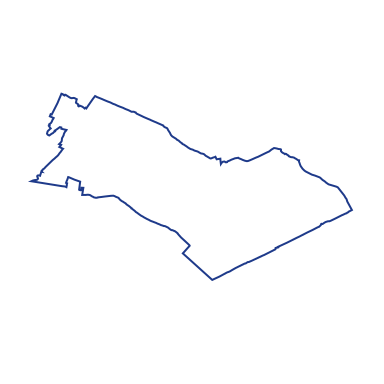 Scaesti, Dolj, Romania, rotated 6°
{"feature_id": "2599482B9301238192844", "entity_name": "Scaesti", "entity_type": "district", "adm_level": 2, "iso_a3": "ROU", "parent_name": "Romania", "parent_adm1": "Dolj", "projection": "orthographic", "projection_center": [23.539, 44.461], "detail": "fine", "context": "isolated", "style": "outline", "palette": "blue", "viewbox_px": 384, "rotation_deg": 6, "n_neighbors": 0, "source": "geoboundaries", "source_scale": "gbopen_adm2", "svg_char_len": 5958}
<svg xmlns="http://www.w3.org/2000/svg" viewBox="0 0 384 384"><g transform="rotate(6 192 192)"><path d="M352.9,193.2L349.2,187.8L348.5,186.8L347.4,185.2L347.2,184.7L346.6,183.3L346.2,182.6L345.2,181.6L344.3,180.3L343.7,179.5L336.6,172.2L335.9,171.9L335.0,171.6L332.9,171.2L327.0,170.1L324.3,168.6L323.3,167.8L322.2,167.2L321.4,166.7L320.9,166.6L318.0,164.4L317.0,164.0L312.5,162.8L309.4,162.2L302.9,159.7L301.5,158.9L299.5,157.3L297.4,154.9L296.6,153.5L296.0,152.1L295.2,150.6L295.2,150.1L295.2,149.3L294.1,149.3L292.2,148.2L291.6,148.0L290.9,147.7L290.2,147.3L289.6,147.1L288.8,147.0L288.2,146.9L287.4,147.0L286.4,146.9L285.5,146.6L284.5,146.3L284.4,145.9L283.9,145.5L283.1,145.2L282.5,144.9L281.9,144.4L281.2,144.2L280.7,144.3L280.4,144.6L279.6,144.1L278.5,143.7L277.2,143.0L276.2,142.0L276.1,140.6L275.9,140.3L275.6,140.2L273.4,140.2L272.5,140.0L271.0,139.8L269.0,139.7L266.6,141.5L264.5,143.6L262.1,145.0L259.7,146.5L254.0,150.1L252.2,151.0L248.4,153.2L246.1,154.5L244.5,155.3L243.4,155.6L241.5,155.4L239.2,154.8L236.8,154.0L235.5,153.7L234.9,153.4L234.5,153.1L233.1,153.5L231.2,154.0L229.5,154.9L227.7,155.8L226.2,156.8L225.0,157.4L224.1,157.9L223.8,158.6L223.3,158.8L222.2,158.9L221.9,158.6L221.0,158.3L219.5,158.7L219.1,159.1L218.3,160.1L217.8,161.1L217.1,158.1L216.7,155.9L213.1,156.9L211.6,154.5L210.8,155.0L209.5,155.5L207.5,156.6L207.0,156.7L206.7,156.7L204.7,155.8L203.4,155.2L202.0,154.6L201.5,154.3L200.5,153.5L200.2,153.3L199.6,153.0L198.6,152.8L196.9,152.7L196.4,152.5L195.2,152.0L194.4,151.6L193.5,151.2L192.6,151.0L190.4,150.6L190.0,150.5L188.3,149.8L186.0,149.4L185.1,149.0L184.7,148.8L183.6,148.3L181.8,147.2L180.4,146.5L179.3,145.9L178.9,145.7L177.6,145.3L177.3,145.1L177.1,144.7L176.7,144.5L176.3,144.3L175.1,143.6L173.4,142.3L171.7,141.6L171.4,141.5L171.1,141.1L170.7,140.8L166.6,138.8L166.1,138.4L165.2,137.6L164.4,136.4L163.9,135.5L162.9,134.3L161.6,132.7L161.1,131.8L160.8,131.4L160.6,131.2L160.2,131.0L158.5,130.5L157.5,130.0L157.2,129.8L156.7,129.4L156.6,129.2L156.5,128.9L150.2,126.9L149.4,126.6L147.3,126.0L143.5,124.8L142.8,124.5L140.7,123.9L136.2,122.5L134.0,121.7L128.9,119.9L128.4,119.6L128.0,119.2L127.8,118.9L127.6,118.7L126.9,118.7L125.9,118.3L124.9,118.3L123.9,118.5L123.4,118.5L122.9,118.3L120.9,117.5L119.0,116.9L118.4,116.8L115.9,116.0L115.0,115.6L111.1,114.6L108.7,113.9L106.2,113.0L104.4,112.6L103.6,112.3L101.5,111.5L98.7,110.8L94.7,109.6L92.9,109.0L90.8,108.4L87.2,107.4L86.8,107.2L86.5,107.0L85.6,106.7L83.8,109.6L78.9,118.5L78.2,119.9L77.4,119.3L76.5,120.2L75.3,119.3L73.7,118.5L71.2,117.8L70.8,118.5L70.5,118.7L69.9,118.4L69.8,118.2L69.6,117.3L69.4,116.6L69.2,116.4L68.6,116.1L67.6,115.7L67.2,115.0L67.4,114.0L67.5,112.5L67.7,111.8L65.4,110.9L64.4,110.8L63.3,111.1L62.1,111.3L60.5,110.8L56.0,108.5L55.1,108.7L55.0,109.3L54.0,109.0L53.6,108.6L53.3,108.2L51.9,107.9L49.4,116.1L49.0,117.5L44.4,129.6L43.3,129.4L42.7,131.6L46.7,132.9L46.3,133.9L45.8,134.7L45.2,136.7L44.6,138.0L42.9,139.6L43.5,140.3L42.7,141.2L44.8,143.6L44.2,144.1L43.2,145.4L42.7,145.9L42.2,146.6L42.0,147.1L41.9,147.9L41.7,149.1L42.2,149.8L42.9,150.3L43.7,150.6L44.2,150.7L45.8,149.2L46.8,148.4L47.5,148.0L48.6,146.6L49.5,146.0L49.1,145.3L50.1,144.6L53.8,141.3L55.3,141.5L55.5,142.8L60.7,143.4L60.4,144.1L59.8,144.8L59.4,145.4L59.0,146.3L58.7,147.2L58.5,147.8L58.4,149.0L57.5,151.2L57.1,152.1L57.1,154.1L57.1,154.8L56.9,155.5L55.8,157.1L54.8,158.3L55.4,158.5L56.9,158.8L56.5,159.6L55.4,161.1L59.2,162.5L58.8,163.0L57.0,166.2L56.5,166.8L55.1,169.3L54.4,170.2L53.4,171.3L52.7,172.0L52.0,172.9L50.1,174.8L46.7,178.9L43.7,182.5L42.5,184.2L41.7,184.7L41.0,185.7L40.9,186.2L40.6,186.2L40.1,186.9L40.1,187.5L40.4,187.7L40.0,187.7L39.2,191.7L38.9,191.6L38.2,191.5L37.2,191.6L36.7,191.8L36.5,192.1L36.4,192.5L36.6,193.1L37.4,194.5L37.4,194.9L37.2,195.4L36.8,195.9L36.1,196.2L34.0,196.7L32.6,197.2L31.1,198.1L62.2,199.8L64.3,199.8L64.5,199.8L64.8,199.8L65.8,200.0L66.6,200.3L66.8,198.3L66.7,197.8L66.9,196.4L65.8,196.1L66.2,194.3L66.7,192.8L66.9,191.9L67.3,190.1L68.0,190.2L73.8,192.0L79.7,193.4L79.5,201.5L79.8,201.8L80.4,201.6L80.9,201.6L81.3,201.9L81.6,201.8L81.7,199.3L83.5,199.2L83.1,206.4L86.7,206.0L88.7,205.6L90.0,205.6L90.7,205.7L91.3,205.9L93.0,206.8L94.0,207.1L95.0,207.6L96.0,207.7L97.2,207.8L98.8,207.4L98.9,207.2L102.5,206.4L105.8,205.6L111.6,204.3L113.4,204.0L114.1,203.9L115.1,204.1L116.0,204.4L117.0,204.8L118.2,205.1L119.5,205.5L121.1,207.1L121.9,207.6L122.6,208.1L123.4,208.5L124.3,208.8L125.1,209.3L125.8,209.6L127.4,210.4L127.9,211.0L129.1,211.7L131.0,212.7L132.8,213.9L133.4,214.6L133.7,214.5L133.9,214.8L137.1,216.8L138.3,217.8L139.6,218.4L141.4,219.5L144.1,221.0L145.5,221.5L146.6,222.1L150.2,223.6L152.0,224.2L152.8,224.6L154.5,225.2L156.2,225.6L157.6,226.0L159.6,226.5L161.1,227.1L161.8,227.2L164.0,227.9L164.7,228.2L165.0,228.2L166.9,228.6L167.5,228.8L168.4,228.7L169.7,229.1L171.9,229.9L172.8,230.5L173.5,231.0L175.1,231.9L176.0,232.1L176.3,232.0L176.6,232.0L177.2,232.2L177.9,232.5L178.8,232.6L179.1,232.8L180.7,233.7L181.5,234.2L181.8,234.6L182.3,234.8L182.5,235.3L185.8,238.3L193.6,244.1L195.0,245.2L195.3,245.7L189.3,254.0L221.3,277.3L228.2,273.2L234.3,269.0L235.5,268.2L236.7,267.7L238.1,266.9L239.4,265.9L240.6,265.0L243.4,263.0L251.8,257.7L252.0,257.6L252.7,257.5L252.9,257.4L253.8,256.6L254.7,255.9L255.8,255.7L258.1,254.4L269.2,247.7L270.2,247.2L280.9,240.3L281.0,240.1L281.0,238.9L283.1,238.3L283.3,238.2L283.2,238.1L283.0,237.7L291.9,232.4L300.8,226.7L302.8,225.5L310.9,220.2L315.8,217.2L320.0,214.4L321.5,213.5L321.9,213.4L323.1,212.0L323.4,211.6L323.7,211.2L323.7,210.6L323.8,210.4L323.9,210.2L324.0,210.1L324.8,210.2L325.2,210.2L327.0,208.6L328.2,207.8L330.3,206.9L331.1,206.8L331.5,206.8L332.0,206.6L332.8,206.2L336.2,204.1L338.1,202.9L342.9,199.8L343.5,199.4L344.3,199.0L346.1,197.9L346.9,197.4L347.4,197.2L347.8,197.1L348.0,197.0L348.2,196.7L348.4,196.5L348.5,196.4L348.7,196.2L349.0,196.1L349.5,195.8L349.8,195.3L349.9,195.1L350.5,194.8L352.9,193.2Z" fill="none" stroke="#1e3a8a" stroke-width="2"/></g></svg>